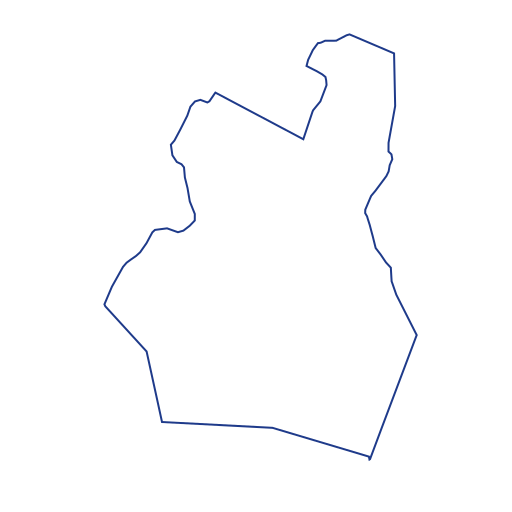 Bissee, Castries, Saint Lucia (orthographic projection), rotated 85°
{"feature_id": "8701671B13263124861718", "entity_name": "Bissee", "entity_type": "district", "adm_level": 2, "iso_a3": "LCA", "parent_name": "Saint Lucia", "parent_adm1": "Castries", "projection": "orthographic", "projection_center": [-60.976, 14.022], "detail": "fine", "context": "isolated", "style": "outline", "palette": "blue", "viewbox_px": 512, "rotation_deg": 85, "n_neighbors": 0, "source": "geoboundaries", "source_scale": "gbopen_adm2", "svg_char_len": 1465}
<svg xmlns="http://www.w3.org/2000/svg" viewBox="0 0 512 512"><g transform="rotate(85 256 256)"><path d="M468.6,160.7L468.3,160.1L437.9,145.6L350.0,103.4L348.8,102.8L306.8,119.6L300.9,121.1L297.3,122.0L295.3,122.5L293.1,123.1L289.1,123.0L279.4,122.7L273.7,127.1L265.4,131.7L258.5,136.1L246.4,138.0L243.1,138.6L235.0,140.0L228.3,141.5L226.2,141.9L225.4,142.3L222.8,143.5L219.4,143.1L207.9,137.0L206.1,136.0L201.5,131.4L187.8,119.2L183.3,116.5L179.9,115.6L177.2,114.9L171.5,111.8L170.1,111.9L166.6,112.2L165.6,113.0L163.5,114.9L154.8,114.1L120.6,104.8L118.7,104.3L66.2,100.8L43.4,143.5L44.0,146.5L47.7,155.5L48.5,157.3L47.9,164.9L47.8,166.0L47.7,167.1L47.6,168.5L49.0,172.4L49.3,173.9L49.3,175.7L52.2,178.3L55.9,181.5L57.8,182.6L65.0,186.9L65.5,187.1L71.1,189.1L75.0,182.9L77.1,179.5L77.8,178.5L80.9,174.1L83.7,171.2L87.1,170.8L91.7,170.8L92.3,171.0L107.6,178.4L112.1,182.8L115.8,186.4L117.3,187.2L118.0,187.5L143.8,198.7L89.7,282.2L90.7,283.1L97.8,288.9L98.8,291.1L95.6,297.8L96.7,303.3L101.5,308.3L110.2,312.2L123.6,320.5L133.9,327.2L137.7,331.1L148.4,330.5L155.4,326.7L158.1,322.2L161.4,320.0L171.6,320.0L182.4,318.3L195.9,317.2L208.8,313.3L215.3,313.9L220.1,319.4L224.4,326.1L225.5,331.7L220.7,342.2L221.2,354.4L223.4,357.2L233.6,363.9L242.2,371.1L245.5,375.5L248.7,381.1L251.4,385.5L255.2,389.4L274.0,402.2L290.9,411.2L293.0,410.5L341.6,373.3L392.8,366.7L413.2,364.1L428.6,254.6L465.7,161.0L468.6,160.7Z" fill="none" stroke="#1e3a8a" stroke-width="2"/></g></svg>